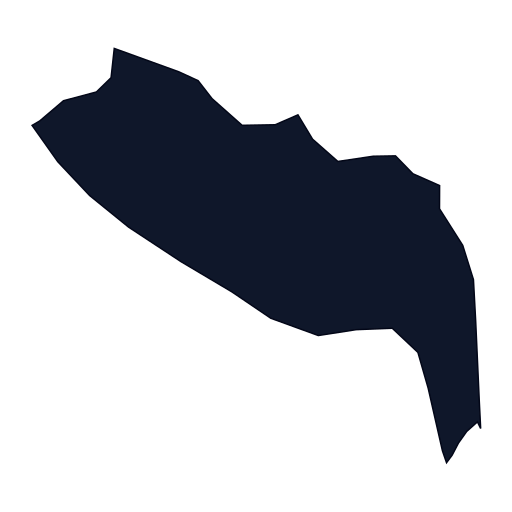 the Municipality of Žabljak, rotated 179°
{"feature_id": "MNE-1520", "entity_name": "Žabljak", "entity_type": "Municipality", "adm_level": 1, "iso_a3": "MNE", "parent_name": "Montenegro", "parent_adm1": "", "projection": "equal_earth", "projection_center": [19.145, 43.143], "detail": "fine", "context": "isolated", "style": "filled", "palette": "ink", "viewbox_px": 512, "rotation_deg": 179, "n_neighbors": 0, "source": "natural_earth", "source_scale": "10m", "svg_char_len": 660}
<svg xmlns="http://www.w3.org/2000/svg" viewBox="0 0 512 512"><g transform="rotate(179 256 256)"><path d="M37.5,86.3L48.4,76.9L56.8,65.5L63.4,53.4L69.1,46.0L73.0,58.0L86.2,121.0L95.8,156.8L121.0,181.4L157.2,180.6L195.1,175.4L242.3,193.5L280.8,220.6L331.0,251.6L382.9,287.1L421.2,319.3L452.5,353.7L477.6,390.5L469.9,394.8L445.8,414.6L412.7,422.8L397.8,436.8L394.1,466.0L329.7,441.4L310.8,432.3L297.2,414.1L267.6,386.9L234.5,386.9L211.6,396.4L197.4,371.8L172.5,349.1L137.1,353.7L114.8,353.7L97.7,335.5L71.2,323.2L71.7,300.0L49.1,263.0L39.0,228.6L37.5,187.4L35.3,107.7L34.4,80.0L34.4,79.6L37.5,86.3Z" fill="#0f172a" stroke="#020617" stroke-width="1.5"/></g></svg>